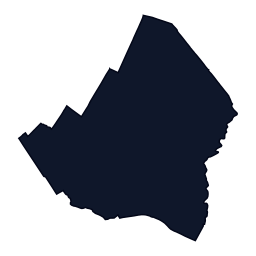 the district of Maracineni, Buzau, Romania
{"feature_id": "2599482B67036070317980", "entity_name": "Maracineni", "entity_type": "district", "adm_level": 2, "iso_a3": "ROU", "parent_name": "Romania", "parent_adm1": "Buzau", "projection": "albers", "projection_center": [26.812, 45.202], "detail": "fine", "context": "isolated", "style": "filled", "palette": "ink", "viewbox_px": 256, "rotation_deg": 0, "n_neighbors": 0, "source": "geoboundaries", "source_scale": "gbopen_adm2", "svg_char_len": 4913}
<svg xmlns="http://www.w3.org/2000/svg" viewBox="0 0 256 256"><path d="M195.3,240.6L197.1,237.3L199.4,233.1L201.6,229.1L203.2,226.1L203.2,224.2L203.8,224.2L204.5,224.3L205.3,220.8L205.2,218.7L205.2,217.4L205.7,217.2L206.6,216.6L207.0,216.0L207.1,215.2L207.1,214.5L207.4,212.4L207.3,211.5L206.9,211.2L207.0,209.6L207.5,207.6L207.7,205.6L207.2,204.0L206.3,203.3L204.9,203.4L204.1,203.2L203.7,202.8L203.8,202.0L204.1,201.1L205.3,199.8L207.1,198.1L207.8,196.4L208.0,194.6L208.0,192.9L207.7,191.3L206.5,189.8L206.0,189.0L205.9,188.5L206.0,188.2L206.3,187.7L207.0,186.9L207.8,186.1L208.2,185.7L208.3,185.2L208.1,184.6L207.8,183.6L207.5,182.5L206.9,181.3L206.4,180.7L206.3,180.2L206.3,179.4L206.4,179.0L205.8,177.2L204.9,174.7L204.8,174.2L205.0,173.6L205.3,172.9L206.2,171.5L206.6,170.7L206.7,170.0L206.7,169.6L206.3,168.8L206.0,168.4L205.8,168.0L205.7,167.7L205.0,165.7L204.6,165.1L204.2,164.4L203.7,163.8L203.6,163.5L203.6,163.2L203.7,162.8L204.2,162.2L204.9,161.3L205.3,160.8L205.8,160.6L206.2,160.2L206.8,159.6L207.1,159.1L207.2,158.7L208.0,157.5L208.8,157.0L210.1,156.9L211.5,156.3L213.9,155.1L216.5,153.7L217.5,153.1L218.3,152.5L218.3,152.1L218.1,151.8L216.7,151.5L215.6,151.2L215.3,150.5L215.7,149.9L216.9,148.6L219.6,147.2L221.2,146.5L221.7,145.5L221.1,144.6L219.9,143.2L219.2,142.2L219.3,141.3L219.5,140.1L220.1,139.2L220.9,138.6L222.0,138.6L223.3,138.8L224.3,138.6L224.7,138.0L224.7,136.4L224.8,134.9L225.0,133.7L225.5,133.1L226.4,132.4L226.6,132.0L226.5,131.5L226.2,131.0L225.9,130.1L226.1,129.3L226.3,128.5L226.9,127.9L227.3,127.4L227.6,126.9L227.5,126.4L227.1,125.8L226.8,125.2L226.7,124.4L226.9,123.7L227.5,123.1L228.5,122.6L229.3,122.1L229.8,121.7L230.3,121.2L231.5,120.3L232.1,119.6L232.1,119.1L232.6,118.1L233.4,116.9L233.9,116.4L234.7,115.9L235.6,115.5L236.7,114.9L237.1,114.2L237.2,113.9L237.1,113.4L236.9,113.0L236.7,112.6L236.3,112.3L235.8,111.8L235.1,111.2L234.5,110.4L233.8,109.9L233.4,109.5L233.2,109.0L232.2,107.6L231.8,106.8L231.7,106.5L231.7,106.3L231.7,105.6L231.7,105.4L231.9,105.0L232.1,104.6L232.2,104.3L232.4,104.0L232.1,103.6L231.7,103.1L231.2,102.1L230.5,100.2L229.9,98.8L229.2,97.4L228.6,95.8L228.4,95.6L226.9,93.6L225.0,91.3L219.5,84.4L219.2,83.9L217.7,82.1L213.9,77.1L211.1,73.6L209.7,72.2L209.1,71.5L208.7,71.1L208.6,70.8L208.7,69.8L207.8,69.4L206.1,67.3L205.9,67.1L205.5,66.6L204.6,65.4L204.0,64.5L202.8,63.0L202.2,62.2L198.3,57.4L198.0,57.0L196.6,55.3L194.6,53.1L193.8,52.0L192.4,50.4L191.3,49.0L190.3,47.9L189.7,46.9L187.3,43.9L186.8,43.4L186.6,43.1L186.1,42.4L185.7,41.9L184.6,40.5L182.5,37.8L180.4,35.2L178.9,33.5L177.8,32.0L177.3,31.2L177.2,30.8L177.1,30.1L176.9,29.8L176.6,29.4L175.2,27.8L174.1,26.7L173.4,25.9L172.6,25.1L172.1,24.4L171.8,24.0L171.2,23.8L165.5,21.9L157.3,19.2L152.2,17.4L143.3,15.4L143.3,15.8L142.9,17.1L142.9,17.4L141.2,21.5L140.2,23.7L138.5,27.6L136.9,31.0L133.7,38.1L132.8,40.4L132.2,41.6L127.2,52.5L120.2,68.1L118.1,72.7L111.6,69.7L109.9,69.0L109.8,68.9L109.8,69.0L106.1,74.8L106.0,75.0L101.4,83.1L100.2,85.1L97.6,89.4L94.7,94.2L90.3,101.6L88.5,105.3L87.9,106.5L86.7,108.3L85.2,110.7L81.4,116.8L71.3,109.4L66.8,105.9L64.7,109.5L64.0,110.4L63.8,110.8L63.2,111.9L61.4,114.9L57.2,121.1L55.7,123.4L53.7,126.3L52.9,127.4L52.6,127.8L51.5,129.1L51.3,128.9L50.6,128.2L50.3,127.8L49.8,127.4L49.7,127.4L49.2,127.3L48.7,127.1L48.4,127.2L48.0,127.2L47.7,127.2L47.2,127.0L46.8,126.0L46.6,125.8L46.3,125.6L45.8,125.5L45.7,125.5L45.6,125.4L45.3,125.4L44.7,125.2L44.4,125.1L44.0,124.8L43.5,124.4L42.2,124.3L41.6,124.0L40.9,123.4L39.4,124.8L39.2,125.1L39.0,125.3L38.6,125.7L38.4,125.9L38.0,126.3L37.6,126.7L37.4,126.9L36.7,127.6L36.1,128.2L35.1,129.3L34.0,130.3L31.8,132.6L30.5,133.9L29.7,134.8L29.2,135.2L29.0,135.4L27.7,136.4L27.1,135.4L25.4,132.9L25.1,133.1L24.9,133.3L22.9,134.7L22.6,135.2L21.5,136.2L20.5,137.1L20.1,137.4L19.7,137.6L19.1,138.1L18.8,138.3L19.7,139.6L23.6,145.7L35.1,163.1L43.8,176.3L44.1,176.5L45.1,176.6L45.7,177.0L48.3,181.0L51.6,186.1L52.0,186.7L55.9,192.9L56.7,194.1L57.8,193.4L59.6,192.4L63.2,190.5L64.0,191.8L65.3,193.6L65.8,194.2L66.5,194.7L67.8,195.0L67.9,195.3L68.3,196.6L68.6,197.2L69.0,197.6L70.4,198.5L70.6,199.7L71.2,201.2L70.5,202.7L70.5,204.1L71.6,205.1L73.8,206.0L75.3,206.2L78.3,207.2L79.5,207.7L80.6,208.1L81.5,208.4L82.1,208.4L82.6,208.3L83.3,208.2L85.3,207.5L85.8,207.4L86.1,207.5L86.6,207.9L87.5,208.2L89.6,208.6L91.7,209.4L92.3,209.8L92.8,211.2L93.3,211.8L94.3,212.4L95.3,213.3L97.4,214.1L98.7,214.6L100.6,215.5L103.4,217.2L105.3,219.5L107.8,219.2L109.8,218.1L114.1,218.0L117.9,215.0L119.8,218.1L122.8,217.4L125.6,217.0L134.0,215.8L136.7,215.3L138.3,215.0L141.8,214.6L144.6,214.7L146.1,214.9L149.7,215.9L150.9,216.6L152.3,217.1L152.5,217.1L153.2,217.0L153.6,217.2L157.1,218.7L158.9,219.4L161.1,220.6L163.1,221.9L164.8,223.1L165.8,224.1L167.5,225.8L169.0,227.5L170.6,229.0L170.9,229.2L171.8,229.7L174.2,231.0L176.3,231.8L181.0,234.0L185.1,236.1L193.0,239.6L195.3,240.6Z" fill="#0f172a" stroke="#020617" stroke-width="1.5"/></svg>